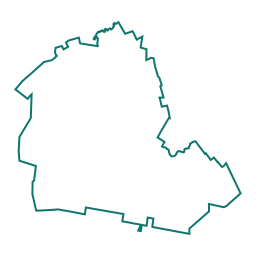 Cruillas, Tamaulipas, Mexico
{"feature_id": "50627088B28720868594108", "entity_name": "Cruillas", "entity_type": "district", "adm_level": 2, "iso_a3": "MEX", "parent_name": "Mexico", "parent_adm1": "Tamaulipas", "projection": "robinson", "projection_center": [-98.359, 24.655], "detail": "fine", "context": "isolated", "style": "outline", "palette": "teal", "viewbox_px": 256, "rotation_deg": 0, "n_neighbors": 0, "source": "geoboundaries", "source_scale": "gbopen_adm2", "svg_char_len": 4957}
<svg xmlns="http://www.w3.org/2000/svg" viewBox="0 0 256 256"><path d="M15.4,89.4L27.7,98.9L29.8,96.1L31.6,94.3L30.8,118.0L28.7,121.6L19.4,137.0L18.7,151.2L19.4,160.7L34.3,165.5L35.9,166.0L34.1,180.3L33.8,180.9L32.6,181.8L32.4,194.2L36.2,210.6L41.0,210.5L51.7,209.9L58.1,209.4L70.1,211.5L76.4,212.7L81.0,213.6L84.8,214.3L85.9,207.5L91.6,208.5L104.9,210.8L105.0,210.8L118.5,213.2L123.5,214.0L122.3,221.3L125.4,221.9L128.9,222.5L135.5,223.8L136.6,223.9L139.0,224.4L141.0,224.7L138.2,230.6L140.8,231.1L141.7,224.9L146.6,225.8L147.7,217.6L153.4,218.6L153.2,219.9L152.3,226.9L152.6,227.0L183.6,232.8L183.8,232.8L185.7,233.2L189.4,233.8L189.4,231.8L189.4,228.6L189.7,228.3L194.3,224.3L196.2,222.6L198.8,220.4L204.4,215.4L209.0,211.5L208.9,204.0L223.8,207.2L226.2,206.1L227.0,205.7L227.7,204.8L240.6,193.4L233.8,179.2L226.1,163.2L223.4,166.4L221.9,166.9L217.9,162.1L217.7,162.3L215.7,159.8L213.9,157.5L210.9,160.0L205.8,153.3L205.0,153.9L195.5,141.3L194.9,141.4L194.6,141.4L194.4,141.4L194.1,141.4L193.9,141.5L193.7,141.6L193.2,141.8L192.9,141.9L192.9,142.0L192.5,142.3L192.2,142.3L192.0,142.5L191.8,142.7L191.7,142.8L191.2,143.1L190.7,143.5L190.3,143.7L190.2,143.7L190.2,144.0L190.1,144.3L190.1,144.5L190.1,144.9L190.0,145.0L189.7,145.8L189.5,146.0L189.3,146.4L189.2,146.6L188.9,146.9L188.8,147.2L188.8,147.4L188.7,147.6L188.6,147.9L188.7,148.1L188.3,148.2L188.3,148.3L188.1,148.4L187.3,148.5L187.1,148.5L186.8,148.5L186.7,148.5L186.3,148.7L186.1,148.7L185.8,148.6L185.5,148.6L185.4,148.6L185.2,148.7L185.1,148.8L184.9,148.9L184.9,149.0L184.7,149.2L184.6,149.3L184.4,149.6L184.4,149.9L184.4,150.1L184.4,150.5L184.3,151.1L184.3,151.6L184.2,151.8L184.1,152.0L183.9,152.1L183.6,152.3L183.4,152.4L183.2,152.2L182.5,152.0L182.3,151.9L182.0,151.9L181.8,152.0L181.4,151.9L180.7,151.5L180.5,151.4L180.2,151.2L179.9,151.2L179.8,151.3L179.7,151.4L179.2,151.4L178.9,151.3L178.7,151.2L178.4,151.1L178.1,151.2L177.9,151.3L177.8,151.5L177.7,151.6L177.5,151.8L177.4,152.0L177.2,152.2L177.0,152.3L176.9,152.5L176.8,152.9L176.6,153.1L176.4,153.3L176.3,153.6L176.2,153.8L176.0,154.3L175.9,154.5L175.8,154.8L175.5,155.1L175.2,155.4L174.9,155.7L174.7,155.8L174.1,156.1L173.5,156.3L173.0,156.4L172.0,156.3L171.8,156.3L171.4,156.2L171.1,155.9L170.3,155.2L170.2,154.7L169.6,154.1L169.5,153.9L169.4,153.6L169.3,153.1L168.9,151.3L168.8,150.9L168.8,150.5L168.7,150.3L168.6,150.0L168.6,149.8L168.5,149.7L168.2,149.5L168.0,149.4L167.5,149.1L167.4,149.0L167.1,148.9L166.8,148.9L166.7,148.8L166.6,148.6L166.5,148.4L166.5,148.2L166.4,148.1L166.1,148.0L166.0,147.9L165.9,147.8L165.7,147.6L165.5,147.4L165.4,147.4L165.0,147.4L164.8,147.4L164.6,147.4L164.2,147.4L163.9,147.3L163.7,147.2L162.7,146.8L162.6,146.7L162.0,146.4L164.5,141.9L157.6,137.5L161.2,130.9L163.7,126.8L164.8,124.8L169.2,117.5L169.7,117.8L169.4,116.2L168.4,110.7L167.6,107.9L167.0,105.6L161.8,106.7L160.7,102.1L160.4,100.8L159.5,97.6L163.5,97.6L160.5,86.8L160.3,86.3L161.7,85.1L159.4,77.8L157.8,76.2L157.2,73.8L155.2,66.9L153.6,58.3L153.4,58.2L151.2,57.8L146.3,60.1L146.3,58.7L146.4,55.7L146.5,49.4L146.2,49.5L145.4,48.9L141.0,47.7L140.7,47.5L140.7,47.1L141.3,43.3L142.0,38.6L142.3,36.6L139.9,37.9L136.7,39.6L133.4,32.7L132.6,31.2L125.1,33.8L118.4,22.2L117.3,22.9L116.9,23.3L116.1,23.9L115.3,23.9L115.3,23.6L115.2,23.4L114.9,23.3L114.5,23.3L114.3,23.1L114.1,23.3L113.8,23.8L113.6,23.8L113.5,24.2L113.6,24.3L114.0,24.4L114.0,24.5L114.1,25.1L114.0,25.5L114.0,25.8L113.9,25.8L113.7,25.7L113.6,25.8L113.3,26.2L113.3,26.6L113.4,26.8L113.4,27.0L113.3,27.3L113.3,27.5L113.2,27.7L113.0,27.9L112.7,28.2L112.3,28.6L111.9,28.9L111.4,29.4L111.2,29.5L111.0,29.2L110.8,28.7L110.6,28.5L110.3,28.4L109.9,28.5L109.7,28.7L109.3,28.7L109.1,28.8L108.5,29.3L108.5,29.5L107.8,30.5L107.4,30.6L106.9,30.3L106.6,30.1L106.3,29.8L106.2,29.5L106.3,29.2L105.7,28.9L105.3,29.0L104.8,29.5L104.7,30.0L104.6,30.8L104.8,31.0L104.9,31.4L104.9,31.7L104.7,31.8L104.4,31.9L103.9,31.8L103.8,31.7L103.5,31.6L103.5,31.4L103.3,31.0L103.1,30.8L103.0,30.6L102.9,30.5L102.7,30.4L102.3,30.6L102.2,30.8L101.6,31.0L101.1,31.1L101.0,30.9L100.9,30.8L100.6,30.9L100.5,31.0L100.1,31.2L100.1,31.7L99.9,31.8L99.9,32.0L99.6,32.1L99.4,32.1L99.2,31.9L98.6,31.9L98.3,31.8L98.0,31.9L97.9,32.2L97.8,32.6L97.6,32.8L97.4,33.0L97.2,33.2L96.8,33.5L96.7,33.5L96.5,33.8L96.4,34.5L96.3,34.8L96.2,35.1L96.2,35.6L96.2,36.3L95.6,36.3L95.4,36.3L95.2,36.3L95.1,36.5L94.9,36.9L94.8,37.1L94.6,37.0L94.3,37.7L94.1,38.2L93.8,38.5L93.7,38.6L93.8,39.3L94.7,39.4L94.9,39.1L95.1,38.7L95.5,38.0L96.5,36.9L97.2,37.4L97.4,37.8L97.6,38.6L97.7,38.9L97.8,38.9L97.6,39.9L97.8,40.4L97.3,42.7L97.4,43.6L97.4,44.3L97.4,44.7L97.7,45.3L97.7,45.7L97.5,45.9L97.5,46.2L96.3,45.9L89.9,45.0L87.6,44.6L80.1,43.4L78.8,37.6L68.4,40.6L66.0,42.5L68.1,46.8L63.5,49.4L61.9,46.0L55.6,47.8L55.4,49.1L55.0,52.7L56.4,55.7L56.7,55.9L55.8,56.4L55.6,57.3L51.9,60.1L50.9,60.4L46.6,61.4L44.5,61.9L44.0,62.0L38.9,66.6L30.8,73.8L28.7,75.7L27.0,77.0L24.5,79.3L22.0,81.5L18.0,86.4L15.4,89.4Z" fill="none" stroke="#0f766e" stroke-width="2"/></svg>